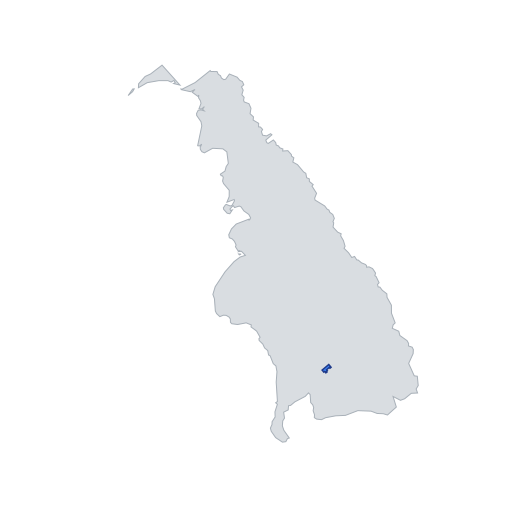 location of Fray Justo Santa María de Oro, Chaco, Argentina, rotated 140°
{"feature_id": "61730980B15270173915808", "entity_name": "Fray Justo Santa María de Oro", "entity_type": "district", "adm_level": 2, "iso_a3": "ARG", "parent_name": "Argentina", "parent_adm1": "Chaco", "projection": "robinson", "projection_center": [-61.341, -27.818], "detail": "fine", "context": "in_parent", "style": "filled", "palette": "blue", "viewbox_px": 512, "rotation_deg": 140, "n_neighbors": 0, "source": "geoboundaries", "source_scale": "gbopen_adm2", "svg_char_len": 4235}
<svg xmlns="http://www.w3.org/2000/svg" viewBox="0 0 512 512"><g transform="rotate(140 256 256)"><path d="M314.3,153.9L311.4,159.0L312.0,162.4L309.3,170.5L310.0,172.1L307.8,176.0L308.5,180.1L307.4,184.1L307.9,189.2L307.0,190.7L305.1,191.1L303.8,198.1L305.4,204.9L303.9,206.2L306.5,211.1L314.2,215.4L318.1,219.7L318.2,221.6L316.1,224.3L315.9,226.6L317.0,229.7L319.0,231.6L322.7,232.8L323.2,237.2L322.5,240.0L315.3,250.0L313.7,254.3L307.0,258.7L289.8,263.8L276.4,265.8L268.8,265.4L263.7,263.3L264.1,269.0L266.6,270.6L265.3,270.7L266.4,271.7L265.8,276.3L264.2,277.2L263.1,281.0L263.2,284.3L264.7,287.1L263.2,289.8L257.4,292.5L250.6,293.2L237.8,288.8L238.3,288.1L237.6,287.8L235.6,288.7L234.8,292.5L236.3,298.3L235.9,303.3L236.7,305.0L241.3,306.9L241.0,309.0L242.6,309.2L245.8,308.7L246.2,307.1L244.5,306.5L248.9,305.2L250.6,307.3L250.8,312.5L250.0,313.9L246.6,314.8L245.6,314.6L243.6,310.9L241.9,310.2L237.0,312.1L236.4,313.3L243.7,315.9L238.4,318.7L234.3,323.5L234.3,332.4L233.4,334.9L230.6,337.2L230.1,338.9L231.1,339.9L230.7,341.6L225.2,341.0L221.3,343.7L217.7,344.7L211.4,354.5L212.5,359.4L220.0,366.4L229.2,368.2L230.4,370.6L230.1,373.4L229.0,375.0L225.7,376.6L228.6,376.6L229.8,378.0L213.9,390.5L211.8,394.2L211.1,401.8L209.9,403.4L206.6,404.8L204.3,403.3L202.4,400.5L202.6,402.8L199.5,403.6L203.2,403.7L205.0,405.5L200.1,408.2L198.8,410.6L198.3,414.1L196.4,416.1L197.9,415.6L199.6,422.4L195.7,422.8L200.6,424.0L206.4,431.6L206.0,432.2L205.8,431.4L191.2,428.0L171.9,427.5L172.0,426.4L167.3,422.3L168.1,419.4L167.3,416.9L168.1,414.6L167.3,411.8L165.6,410.9L159.4,412.5L155.5,405.1L155.5,401.0L154.3,398.4L155.3,395.0L158.4,394.9L159.2,391.3L163.2,388.6L163.1,385.2L165.4,383.3L166.0,381.6L163.5,377.2L164.9,372.4L169.1,368.8L168.5,364.2L170.8,362.0L168.7,355.9L171.0,353.3L169.7,351.9L169.6,348.7L171.9,347.8L173.3,344.3L170.7,341.2L166.2,340.3L165.9,338.6L174.0,338.5L174.9,335.9L174.3,334.4L168.1,333.7L168.0,330.2L169.2,328.0L168.0,325.8L168.3,323.7L166.6,320.7L168.1,319.3L163.9,316.2L163.7,311.0L164.6,309.7L163.9,306.9L167.4,304.3L165.5,299.3L165.5,289.8L164.7,287.3L166.9,283.4L165.6,280.8L167.2,278.8L166.3,273.9L168.2,273.5L169.3,265.1L173.9,262.6L174.8,260.9L171.2,250.2L171.4,246.2L170.6,244.3L171.4,242.0L170.5,238.5L171.8,234.5L175.0,232.8L175.2,231.4L178.4,228.6L178.1,221.8L176.5,218.3L178.2,217.0L179.1,211.7L181.5,206.2L183.6,205.3L183.0,199.0L183.6,193.3L180.8,192.3L181.3,188.2L180.3,187.2L179.6,183.0L177.6,179.2L177.5,177.5L178.5,176.4L176.4,175.0L174.8,171.5L175.1,168.3L175.4,166.1L177.6,164.5L177.2,163.0L178.9,156.4L181.2,156.1L182.3,153.8L181.1,152.5L181.3,148.6L180.1,142.9L182.2,140.1L183.9,131.3L189.0,125.1L192.4,115.3L195.2,115.1L198.1,113.0L195.0,106.6L196.9,102.6L194.7,94.1L195.3,90.9L197.0,89.1L195.0,85.8L195.6,83.2L198.4,80.2L208.1,75.6L211.8,62.5L209.7,60.2L215.0,52.5L218.8,51.2L220.3,47.2L225.3,51.0L233.9,51.1L238.1,52.6L241.3,60.3L245.6,50.1L257.5,49.7L259.9,53.4L264.4,57.5L267.6,63.2L277.4,72.1L289.9,76.4L297.6,82.3L306.6,87.4L311.0,88.5L314.4,92.1L315.2,94.7L313.2,96.8L311.7,100.7L309.2,102.9L308.2,105.5L308.3,108.6L303.6,115.0L303.8,117.4L308.5,116.8L320.0,119.3L325.5,119.3L327.3,120.4L330.3,117.4L335.2,118.6L338.4,113.5L341.5,112.5L345.0,108.9L346.7,104.6L347.5,95.2L349.3,95.9L352.5,94.6L355.4,96.4L357.7,104.3L357.0,111.9L355.6,114.9L352.1,116.6L350.2,118.7L344.8,120.4L341.7,124.4L334.9,128.7L335.3,130.9L333.1,130.8L321.6,146.4L314.3,153.9ZM205.3,462.6L204.4,435.8L208.3,441.1L206.5,440.7L206.0,443.2L209.2,443.8L210.7,446.9L217.7,452.8L227.9,458.7L237.9,460.5L235.2,463.4L225.5,464.8L219.7,463.2L205.3,462.6ZM241.9,462.3L244.9,461.2L250.8,461.1L243.1,463.2L241.9,462.3ZM268.1,267.6L268.0,268.8L266.2,267.0L268.1,267.6Z" fill="#d9dde1" stroke="#a8b0b8" stroke-width="1"/><path d="M270.0,126.1L272.4,126.1L273.4,126.1L275.9,126.1L278.7,126.1L278.7,125.6L278.7,125.2L278.7,124.9L278.7,123.5L278.2,123.5L277.7,123.5L277.6,123.4L277.6,121.6L276.3,121.5L276.3,122.3L275.7,122.3L275.1,122.3L275.1,122.7L275.1,123.5L274.8,123.5L273.8,123.5L273.6,123.5L272.3,123.5L271.5,123.5L271.5,122.5L270.0,122.5L270.0,123.2L270.0,123.4L270.0,123.5L270.0,124.1L270.0,124.5L270.0,124.8L270.0,125.1L270.0,125.3L270.0,125.6L270.0,126.1Z" fill="#3b82f6" stroke="#1e3a8a" stroke-width="1.5"/></g></svg>